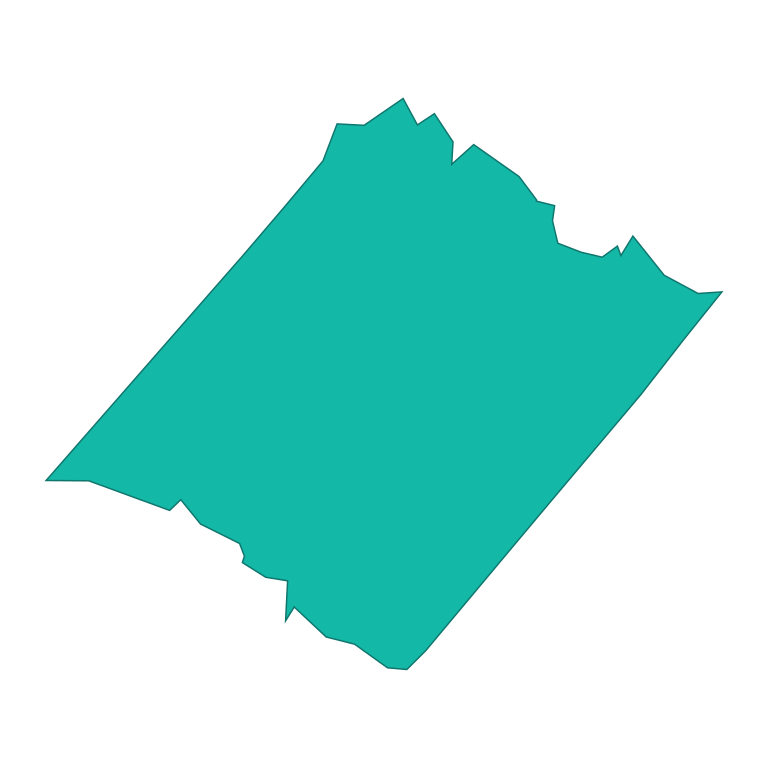 Spotsylvania, Virginia, United States of America (Albers equal-area conic projection)
{"feature_id": "52423323B87886421112437", "entity_name": "Spotsylvania", "entity_type": "district", "adm_level": 2, "iso_a3": "USA", "parent_name": "United States of America", "parent_adm1": "Virginia", "projection": "albers", "projection_center": [-77.631, 38.184], "detail": "fine", "context": "isolated", "style": "filled", "palette": "teal", "viewbox_px": 768, "rotation_deg": 0, "n_neighbors": 0, "source": "geoboundaries", "source_scale": "gbopen_adm2", "svg_char_len": 705}
<svg xmlns="http://www.w3.org/2000/svg" viewBox="0 0 768 768"><path d="M536.6,200.0L519.1,176.6L473.7,144.6L451.7,164.3L453.0,141.9L434.4,113.7L417.4,124.9L403.1,98.5L364.1,125.3L337.1,123.9L323.0,160.9L284.9,206.4L241.0,257.8L236.9,262.4L46.1,480.5L88.7,480.8L169.6,510.4L180.8,499.7L200.6,524.1L239.6,543.5L244.4,556.1L242.4,562.6L265.8,577.3L287.6,580.8L285.6,620.8L294.2,607.0L326.2,637.0L354.6,644.2L387.5,667.8L406.8,669.5L425.7,650.7L512.3,547.2L551.0,501.1L641.2,394.2L684.0,339.2L721.9,291.9L698.1,293.5L664.2,275.3L632.9,236.1L620.9,255.6L617.4,246.1L602.2,257.2L581.0,252.2L557.8,243.2L552.5,220.9L554.6,205.7L536.3,201.1L536.6,200.0Z" fill="#14b8a6" stroke="#0f766e" stroke-width="1.5"/></svg>